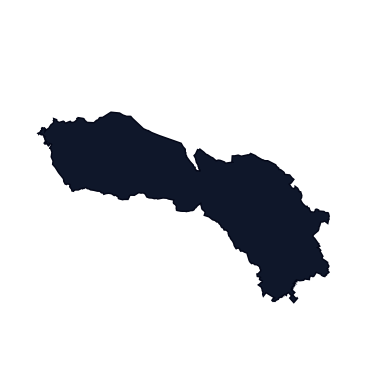 Remetea, Bihor, Romania, rotated 219°
{"feature_id": "2599482B38217862472768", "entity_name": "Remetea", "entity_type": "district", "adm_level": 2, "iso_a3": "ROU", "parent_name": "Romania", "parent_adm1": "Bihor", "projection": "robinson", "projection_center": [22.374, 46.741], "detail": "fine", "context": "isolated", "style": "filled", "palette": "ink", "viewbox_px": 384, "rotation_deg": 219, "n_neighbors": 0, "source": "geoboundaries", "source_scale": "gbopen_adm2", "svg_char_len": 5998}
<svg xmlns="http://www.w3.org/2000/svg" viewBox="0 0 384 384"><g transform="rotate(219 192 192)"><path d="M183.4,245.4L180.3,241.0L179.2,240.8L184.2,235.3L185.5,235.8L189.8,234.4L191.5,233.4L193.0,231.4L197.3,231.6L199.6,231.0L203.2,230.7L205.0,230.1L207.8,230.4L212.9,230.3L213.0,229.3L213.8,228.5L214.3,228.4L213.1,223.8L213.3,221.6L210.6,220.5L207.2,217.8L204.3,216.8L203.3,215.8L201.7,215.1L201.4,214.5L199.5,214.0L199.1,213.3L202.0,211.3L202.8,211.7L204.0,211.7L205.1,213.1L206.3,212.8L207.6,213.2L207.8,213.7L212.5,214.4L217.4,215.7L218.4,215.5L218.8,216.0L218.5,216.2L218.6,216.4L219.9,216.9L221.5,218.1L221.4,218.5L222.6,219.0L224.2,221.0L227.6,221.6L231.1,223.0L253.0,215.2L260.7,212.8L264.6,212.2L265.7,211.6L269.6,210.6L284.5,211.7L287.2,212.2L290.5,209.6L294.2,208.3L297.9,207.8L305.2,203.0L308.3,193.8L310.4,191.9L310.6,191.3L310.4,190.1L310.6,188.3L311.3,187.6L311.8,184.1L317.0,180.3L318.2,179.9L318.8,180.2L320.5,180.1L321.4,180.8L322.8,180.7L327.3,178.1L327.0,177.3L327.6,177.0L327.7,176.6L326.9,176.1L326.9,175.4L327.4,172.4L328.4,171.1L329.7,170.1L331.1,170.3L333.6,165.9L333.9,165.8L335.7,166.2L336.6,166.0L338.8,162.7L339.6,162.2L341.8,162.1L342.7,163.0L345.7,162.0L344.8,161.2L344.5,160.7L344.7,160.3L343.7,159.8L343.2,158.1L343.9,155.4L343.4,151.3L344.5,148.4L344.4,146.7L345.1,147.7L345.2,148.4L346.1,148.9L346.7,148.7L347.1,148.9L347.5,148.3L348.9,147.7L348.9,146.8L348.1,146.1L347.6,145.4L348.1,144.6L347.5,144.1L347.5,143.2L347.8,143.1L348.0,141.5L348.6,141.1L348.6,140.7L348.2,141.0L347.5,140.5L347.5,141.3L345.1,141.6L345.0,141.8L345.3,142.2L345.0,142.6L341.2,142.4L341.6,141.6L340.9,141.5L339.2,140.2L338.7,140.4L338.0,139.3L336.9,139.4L337.7,138.0L337.7,137.1L337.6,136.9L336.7,136.7L336.0,137.2L337.0,138.2L336.7,138.3L335.3,138.3L332.7,137.5L332.4,138.9L332.6,139.7L333.4,140.1L331.9,140.7L330.9,140.5L330.5,139.1L330.3,136.9L330.1,136.5L329.3,136.9L325.9,134.8L323.5,130.7L319.5,128.7L317.7,125.8L313.7,125.1L307.9,123.1L300.2,121.4L298.2,119.5L295.6,118.4L294.2,118.9L293.9,119.9L291.8,121.0L290.7,120.2L290.8,119.8L290.3,119.1L287.4,118.4L285.9,117.3L284.6,118.0L284.9,118.4L283.9,120.3L281.7,122.0L279.9,125.6L279.1,125.6L278.8,126.5L278.2,126.8L277.9,127.9L277.1,128.9L275.6,128.7L273.8,129.7L272.3,129.8L269.5,131.5L266.3,133.0L264.1,134.6L261.9,134.4L260.6,135.3L259.1,134.7L257.9,136.6L256.0,138.6L253.5,140.0L250.3,140.3L249.9,140.7L249.8,141.6L247.8,141.5L246.9,141.9L246.2,141.6L245.5,140.9L244.6,140.7L241.0,142.4L240.2,143.5L237.1,146.0L237.7,148.6L238.1,149.3L237.9,150.8L234.7,153.2L233.2,157.6L232.5,158.3L231.0,159.0L229.5,160.5L228.4,160.9L226.8,160.9L224.0,159.7L221.6,160.5L219.1,162.3L217.1,163.1L215.5,164.8L214.3,165.0L210.8,169.1L207.7,171.3L206.0,171.7L201.2,174.3L199.8,172.1L199.1,171.6L196.9,171.7L195.7,171.4L195.1,171.0L193.7,169.1L193.1,168.8L192.7,168.2L192.1,168.2L188.4,170.2L185.5,172.5L183.8,173.5L183.9,173.9L182.4,175.1L181.6,176.4L179.8,178.1L179.3,179.5L179.6,181.4L179.2,182.0L179.2,184.9L178.1,188.7L176.3,187.1L175.5,186.8L174.5,185.7L173.0,184.9L171.0,185.0L168.9,184.5L167.8,181.6L163.2,183.4L158.6,183.4L156.1,184.4L154.0,184.3L152.3,185.3L151.2,184.5L149.2,184.4L147.3,183.4L146.0,183.3L145.7,183.7L144.8,183.7L143.2,182.7L142.7,183.0L142.7,183.3L140.8,184.0L138.2,183.5L137.9,182.7L135.7,181.1L133.6,180.8L132.8,180.1L129.3,179.3L127.2,178.3L125.4,176.9L122.1,175.7L121.8,175.9L121.8,176.4L120.5,177.8L118.9,177.6L117.8,176.9L116.8,176.7L116.2,177.6L114.7,178.2L113.8,178.2L110.6,179.2L110.0,178.5L104.2,174.6L102.4,174.0L100.6,173.9L100.1,174.7L99.5,175.1L97.4,175.1L96.2,176.1L94.0,176.5L92.4,176.4L91.1,175.4L89.4,174.6L88.9,173.7L89.0,171.4L89.3,169.8L89.9,169.1L88.1,167.5L86.1,168.6L85.2,168.7L85.3,168.2L84.6,166.6L83.6,166.5L81.8,167.2L80.9,166.4L80.8,165.6L81.3,165.2L81.6,162.3L82.1,161.8L82.1,161.5L78.4,161.7L76.5,160.7L75.5,159.7L73.4,158.5L73.1,157.6L72.5,156.8L71.0,155.9L71.1,160.4L61.2,161.7L61.8,160.2L61.9,159.1L61.6,158.0L60.2,158.0L60.0,158.6L58.7,159.2L58.4,161.5L58.0,161.8L57.4,163.0L57.8,163.8L57.0,166.5L56.9,166.0L56.5,166.1L55.9,167.4L56.6,167.6L56.6,167.9L56.3,168.7L55.5,169.2L55.9,169.7L55.5,170.9L53.6,171.0L53.7,171.4L54.1,171.5L54.4,172.3L53.7,174.6L49.2,173.9L49.3,171.1L43.3,170.1L43.1,175.7L43.8,175.9L43.9,174.6L49.1,175.4L48.9,178.6L53.5,178.8L53.7,179.3L52.8,179.7L52.8,180.2L54.1,180.5L54.2,181.0L53.7,181.2L54.1,181.8L53.4,182.3L53.9,183.2L53.5,183.4L53.4,183.8L54.0,184.5L54.3,184.3L55.0,184.5L54.3,184.8L55.0,185.4L54.5,185.7L55.4,185.7L55.6,186.5L55.1,186.7L55.1,187.6L54.7,187.5L54.3,188.1L54.9,188.1L55.0,188.7L55.5,188.6L55.3,189.0L55.5,189.4L52.4,190.9L49.7,193.7L49.8,195.3L45.7,197.8L46.7,199.2L47.1,201.2L46.8,201.6L44.7,202.4L44.3,203.4L44.9,207.8L39.9,209.3L39.0,208.8L36.9,209.2L35.6,209.9L35.7,210.4L35.4,211.9L36.0,211.9L36.1,212.4L35.4,213.7L35.1,215.9L37.4,216.4L37.5,217.3L38.7,217.6L38.7,219.7L39.1,220.6L41.2,221.4L42.4,222.7L43.7,222.3L43.9,222.6L49.1,222.1L49.8,223.5L49.8,224.4L55.4,226.6L55.3,227.7L57.7,228.1L59.5,227.8L58.6,230.3L61.0,230.8L60.8,231.5L62.1,231.6L67.3,233.1L69.4,233.3L70.6,233.9L70.6,235.9L69.6,241.1L69.9,242.4L71.4,245.0L71.5,246.1L72.6,248.6L72.8,250.1L71.5,251.1L70.8,252.6L70.3,252.9L66.7,253.0L68.1,255.6L68.8,256.2L68.3,256.8L70.3,259.1L70.5,259.4L70.3,259.6L72.7,261.4L73.4,261.4L75.5,259.8L77.2,259.9L81.3,257.1L82.2,257.7L84.2,257.2L84.9,256.4L84.9,255.6L84.4,255.0L84.3,253.2L87.1,251.4L89.2,252.0L90.8,253.2L92.5,252.6L93.5,253.3L94.6,252.3L98.8,252.7L101.4,253.6L102.6,254.3L103.1,254.8L103.3,256.5L104.5,258.4L107.7,260.5L108.6,259.8L112.2,261.4L115.4,261.3L114.7,260.4L114.7,258.8L116.9,258.0L121.4,259.3L120.6,261.5L120.8,265.9L123.2,265.9L126.8,266.7L131.1,264.0L132.3,264.9L133.2,265.2L136.9,265.1L138.3,264.7L138.7,264.2L139.5,264.6L139.7,265.1L142.4,265.1L144.1,265.8L152.7,264.0L155.3,262.0L156.9,261.7L157.8,261.2L163.7,260.2L165.7,260.2L170.4,258.9L170.2,258.6L170.7,258.2L171.4,256.2L172.0,256.0L176.2,250.8L179.3,249.7L181.5,247.0L183.4,245.4Z" fill="#0f172a" stroke="#020617" stroke-width="1.5"/></g></svg>